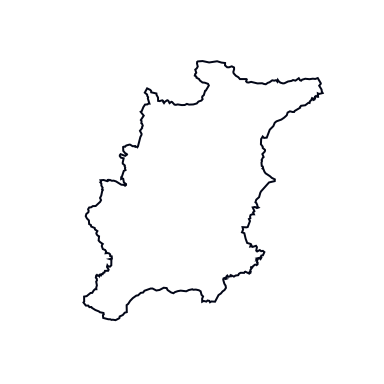 the district of Yamethin, Mandalay, Myanmar, rotated 288°
{"feature_id": "60261553B80519287808549", "entity_name": "Yamethin", "entity_type": "district", "adm_level": 2, "iso_a3": "MMR", "parent_name": "Myanmar", "parent_adm1": "Mandalay", "projection": "orthographic", "projection_center": [96.12, 20.484], "detail": "fine", "context": "isolated", "style": "outline", "palette": "ink", "viewbox_px": 384, "rotation_deg": 288, "n_neighbors": 0, "source": "geoboundaries", "source_scale": "gbopen_adm2", "svg_char_len": 6066}
<svg xmlns="http://www.w3.org/2000/svg" viewBox="0 0 384 384"><g transform="rotate(288 192 192)"><path d="M94.8,247.8L102.2,249.1L104.4,250.8L106.9,251.8L108.8,253.2L111.3,253.9L113.3,252.9L114.8,251.1L117.3,249.4L118.5,248.7L119.6,248.7L120.3,249.6L119.7,249.5L119.6,250.8L119.9,251.2L119.9,250.5L120.4,250.2L121.8,251.1L122.4,250.9L123.4,251.4L122.5,252.6L123.6,254.4L124.3,254.4L124.2,255.0L124.9,254.9L124.5,258.0L126.0,259.2L127.2,261.7L128.7,261.9L130.2,263.2L131.2,266.6L132.3,266.9L132.7,267.4L132.1,271.4L132.9,271.4L132.8,272.2L133.2,272.5L134.1,271.9L134.5,272.4L135.6,271.6L138.2,272.3L138.4,271.5L138.9,271.5L139.0,272.7L140.1,272.9L142.2,274.2L142.8,275.5L142.5,276.1L143.4,276.7L145.0,276.3L145.2,275.6L147.1,275.2L146.9,274.6L147.6,274.9L147.8,274.4L148.7,275.4L149.0,274.4L150.2,276.4L149.4,277.9L150.9,278.2L151.0,277.4L153.0,277.6L153.7,279.0L157.2,279.4L157.9,277.6L157.1,276.1L157.7,274.4L155.6,272.3L156.1,271.2L159.6,270.8L160.6,269.5L158.5,266.6L158.6,265.0L158.2,264.3L159.1,264.3L159.7,265.0L160.7,264.0L160.6,260.2L164.2,257.4L169.0,254.5L169.1,252.0L172.0,252.2L174.2,250.9L175.2,254.7L175.9,255.8L182.3,256.1L183.9,254.5L185.1,255.6L186.7,254.8L188.1,254.8L189.2,255.8L189.9,257.8L191.5,256.4L193.0,257.3L196.1,254.5L197.2,256.5L196.8,258.7L197.8,260.0L198.3,258.7L199.6,258.2L201.4,256.6L201.8,255.5L204.6,255.5L207.8,257.4L212.5,257.2L214.0,257.5L224.9,262.3L227.9,267.3L229.6,266.9L230.1,263.5L231.1,261.3L232.5,256.2L233.8,254.5L235.8,252.9L236.1,251.9L236.8,252.2L238.1,251.4L238.3,250.3L241.4,249.0L243.2,249.0L243.9,248.3L246.7,248.8L247.4,249.3L249.8,247.2L253.0,248.7L254.2,248.6L254.7,248.3L255.7,245.7L257.0,245.2L258.7,242.8L263.7,241.4L266.6,242.1L265.7,243.8L266.8,246.3L275.3,246.7L279.8,249.0L283.4,249.3L285.3,250.5L288.5,254.6L291.1,256.6L294.2,258.4L297.1,258.4L299.0,260.2L299.2,263.0L299.7,264.4L300.8,264.6L305.6,268.8L306.2,268.5L307.7,269.1L309.5,272.9L312.9,275.2L313.0,276.3L314.8,276.2L316.2,277.0L318.4,277.2L318.3,278.0L317.0,279.0L317.6,279.7L318.7,279.2L319.0,280.1L320.7,279.5L321.7,280.3L321.2,281.6L321.5,282.5L324.7,281.2L324.5,282.5L326.5,285.7L327.7,284.4L329.5,283.5L332.4,280.1L334.7,281.0L335.2,280.9L339.2,276.4L337.6,274.3L337.1,271.9L335.6,268.9L334.7,264.7L332.8,262.0L331.6,261.4L331.7,260.2L333.2,258.4L329.9,256.0L329.7,253.5L328.4,252.3L326.8,249.2L324.0,246.3L323.4,245.0L323.3,242.3L324.1,240.3L325.1,239.0L323.3,239.1L324.3,237.4L323.3,235.8L323.0,233.8L320.3,231.8L319.3,230.4L317.3,228.9L317.0,227.2L317.1,225.1L315.5,220.7L315.0,214.2L313.6,212.0L313.3,210.5L313.9,209.3L316.0,209.3L316.2,208.7L314.2,202.7L315.5,200.6L316.1,197.8L316.9,196.4L317.7,195.0L318.9,194.2L321.8,194.1L323.4,193.5L323.8,191.0L322.0,188.6L321.5,186.9L322.6,184.3L324.9,183.6L324.2,180.1L324.1,175.5L320.5,168.3L319.8,161.6L318.0,157.2L317.3,156.7L315.8,157.0L313.1,158.7L311.0,158.3L309.4,157.3L306.7,159.2L304.9,158.5L304.1,159.0L303.5,158.8L303.0,160.5L302.1,160.9L301.6,163.8L300.5,165.0L299.4,168.1L299.9,170.4L299.8,173.8L298.5,175.1L292.7,173.8L292.3,173.2L287.8,173.3L286.1,172.3L284.8,172.5L283.6,173.4L281.9,172.7L280.0,170.2L277.7,169.2L275.7,166.2L274.2,162.2L274.2,159.9L272.5,158.2L271.5,155.4L270.9,151.4L269.9,149.7L269.7,148.3L271.4,145.3L271.4,144.5L269.6,143.2L271.5,141.2L271.6,140.1L269.5,138.4L267.9,137.9L268.7,136.8L269.8,136.2L270.0,135.4L268.4,133.0L268.2,131.6L271.3,130.5L273.4,128.3L274.7,127.7L274.2,122.4L275.5,121.9L276.2,120.8L276.7,117.3L271.9,116.4L270.8,119.2L269.5,119.8L268.6,121.0L267.3,121.1L262.9,124.2L262.6,123.2L261.6,122.6L260.6,120.3L257.7,119.5L253.4,119.2L252.4,118.4L249.7,122.5L244.6,121.1L243.9,122.1L241.7,122.6L241.5,123.4L239.8,124.7L238.2,124.4L237.5,124.8L234.1,123.6L231.7,126.1L230.7,126.3L228.4,125.9L218.7,126.5L217.8,126.2L218.1,125.8L217.4,124.2L218.1,123.7L217.2,121.4L217.9,118.6L217.7,117.8L215.9,115.1L214.3,114.3L214.3,113.5L213.5,112.6L209.9,113.9L208.1,116.7L208.1,118.0L207.5,118.6L205.7,117.3L205.9,112.4L204.7,112.0L203.9,112.2L202.7,113.8L202.9,116.6L198.6,117.0L197.6,117.4L196.5,119.9L195.6,120.0L194.7,120.9L193.6,121.0L192.3,122.0L191.0,120.6L185.4,120.6L184.2,120.1L182.5,120.6L183.5,121.7L183.3,122.5L180.0,124.3L179.2,126.8L178.3,127.1L177.3,126.4L177.7,125.0L177.1,122.5L178.6,116.4L178.6,114.1L177.9,112.2L178.1,110.1L177.0,109.0L177.6,108.9L177.7,108.6L177.4,108.1L176.1,107.8L176.1,104.2L174.9,101.4L174.1,102.2L173.0,102.3L172.8,102.0L172.0,103.2L170.1,103.8L168.4,105.7L166.6,105.7L166.3,106.6L165.1,106.3L160.6,106.8L157.9,106.4L156.2,108.0L154.3,107.7L148.9,104.7L147.9,102.0L146.3,100.8L145.5,99.0L143.5,98.5L142.2,99.5L140.7,99.7L138.5,98.3L136.2,98.4L134.4,100.2L133.1,102.7L129.7,104.1L129.3,106.1L128.0,106.8L127.7,110.6L126.4,111.3L125.6,114.1L123.3,113.7L122.2,114.5L121.4,115.8L121.1,117.3L117.0,118.2L116.0,119.9L115.0,123.2L113.8,122.8L112.7,122.9L110.2,124.8L110.0,127.3L108.9,128.7L107.1,128.8L107.8,130.3L108.0,131.9L107.4,133.4L105.8,134.0L106.0,135.5L103.9,136.4L102.8,134.5L102.8,136.2L97.3,137.9L95.6,137.0L95.5,135.0L96.1,134.2L94.5,134.3L92.4,136.7L91.2,136.6L90.1,133.6L88.3,133.6L87.8,132.6L86.2,132.4L85.9,131.2L84.6,131.2L84.7,130.2L83.8,130.0L84.5,129.6L83.2,128.6L83.8,127.2L83.0,126.7L80.8,127.0L80.1,128.2L78.5,128.9L77.1,128.6L73.8,130.4L71.3,130.5L70.0,131.1L69.6,129.8L67.9,128.9L65.3,128.3L64.6,126.7L60.4,124.0L59.2,121.7L54.5,123.3L53.4,122.9L51.2,126.1L51.9,128.5L50.8,130.0L51.5,131.9L50.9,132.6L49.9,136.6L49.7,140.3L49.2,141.5L49.6,145.2L48.3,145.9L47.6,145.4L46.9,145.5L44.8,146.5L45.1,151.6L45.7,153.7L45.5,154.9L46.1,156.2L46.5,158.9L49.5,161.9L51.3,161.7L53.6,164.2L56.4,165.3L57.6,167.1L64.2,164.8L65.9,165.9L69.3,166.8L72.8,168.5L76.3,171.1L77.0,172.6L80.2,174.4L81.3,176.6L83.4,177.3L87.4,182.5L88.0,184.4L87.3,188.5L88.8,191.4L92.2,194.7L92.8,197.6L91.2,199.1L90.0,203.2L90.0,205.6L91.6,206.8L93.3,209.1L94.7,211.7L95.8,217.2L97.8,219.3L99.6,222.4L99.4,223.3L100.4,225.9L100.7,228.9L100.2,230.9L97.2,232.8L96.1,234.8L93.7,234.6L90.8,235.6L92.0,236.8L92.2,239.5L93.6,240.3L93.8,242.1L92.7,243.2L93.9,244.3L94.8,247.8Z" fill="none" stroke="#020617" stroke-width="2"/></g></svg>